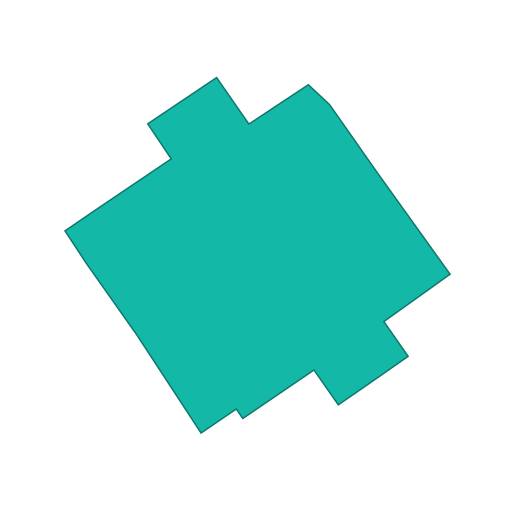 Carroll, Ohio, United States of America, rotated 54°
{"feature_id": "52423323B82446565962653", "entity_name": "Carroll", "entity_type": "district", "adm_level": 2, "iso_a3": "USA", "parent_name": "United States of America", "parent_adm1": "Ohio", "projection": "orthographic", "projection_center": [-81.077, 40.577], "detail": "fine", "context": "isolated", "style": "filled", "palette": "teal", "viewbox_px": 512, "rotation_deg": 54, "n_neighbors": 0, "source": "geoboundaries", "source_scale": "gbopen_adm2", "svg_char_len": 420}
<svg xmlns="http://www.w3.org/2000/svg" viewBox="0 0 512 512"><g transform="rotate(54 256 256)"><path d="M366.9,404.5L368.2,361.9L379.7,362.2L382.3,276.1L424.8,276.9L425.8,234.0L426.6,191.9L384.2,191.1L384.8,109.7L259.0,108.9L176.8,107.5L148.2,113.0L145.1,184.2L88.5,183.0L85.4,265.9L127.6,267.5L124.6,353.7L123.4,395.8L162.4,397.6L249.5,398.8L366.9,404.5Z" fill="#14b8a6" stroke="#0f766e" stroke-width="1.5"/></g></svg>